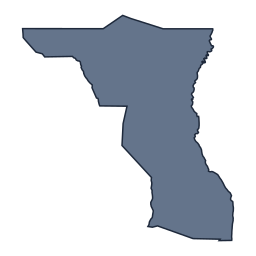 Ebebiyin, Kié-Ntem, Equatorial Guinea
{"feature_id": "11065452B6027875666302", "entity_name": "Ebebiyin", "entity_type": "district", "adm_level": 2, "iso_a3": "GNQ", "parent_name": "Equatorial Guinea", "parent_adm1": "Kié-Ntem", "projection": "albers", "projection_center": [11.284, 1.979], "detail": "fine", "context": "isolated", "style": "filled", "palette": "slate", "viewbox_px": 256, "rotation_deg": 0, "n_neighbors": 0, "source": "geoboundaries", "source_scale": "gbopen_adm2", "svg_char_len": 3918}
<svg xmlns="http://www.w3.org/2000/svg" viewBox="0 0 256 256"><path d="M147.9,226.5L152.4,227.2L157.5,225.9L193.1,238.6L206.5,238.9L220.1,239.2L219.1,240.6L231.7,240.4L231.8,239.5L231.8,238.5L231.6,237.0L231.7,234.9L231.8,233.8L231.8,232.6L231.9,230.6L232.1,228.5L232.2,226.6L232.3,225.7L232.4,224.2L232.7,222.6L233.1,220.7L233.1,219.8L233.2,218.3L233.1,217.5L232.7,215.8L232.7,215.5L232.9,213.1L232.9,212.8L233.3,210.9L233.4,207.8L233.0,205.3L232.9,202.7L232.7,201.5L231.2,200.5L230.6,199.5L230.6,198.8L230.7,198.1L230.7,197.8L231.5,195.7L230.3,193.1L230.1,192.8L229.5,192.3L228.3,191.3L227.1,189.7L225.4,187.7L224.9,186.7L224.3,185.7L224.2,185.4L223.1,183.1L221.2,179.8L219.9,178.1L219.0,176.6L217.7,174.6L215.6,173.3L213.5,172.1L212.8,171.8L211.9,171.5L210.1,171.8L209.1,171.4L208.5,171.2L208.6,170.2L208.7,169.4L208.3,168.6L207.9,167.7L207.4,166.3L206.3,164.9L205.5,163.3L205.3,161.9L205.6,160.5L204.6,158.8L203.9,157.4L202.9,156.2L202.1,154.0L201.7,151.7L201.5,149.9L200.7,147.9L199.3,145.9L199.0,144.9L197.6,143.0L195.9,141.5L194.7,139.6L194.2,137.8L195.0,137.0L195.3,136.3L194.7,134.8L195.7,133.7L196.1,133.6L197.5,133.6L197.7,133.4L198.1,133.0L198.3,132.7L198.5,132.2L198.3,132.0L198.0,131.8L197.9,131.7L197.4,130.0L198.8,128.2L199.1,125.5L199.1,123.0L199.0,120.9L198.9,119.1L198.8,117.6L198.6,116.4L197.2,116.5L196.7,114.7L196.8,113.5L195.6,112.7L194.1,111.3L193.1,109.3L192.2,108.1L191.4,106.8L191.4,105.7L192.4,104.7L192.6,103.7L192.8,101.9L192.0,100.8L191.5,99.9L191.5,99.3L191.7,99.0L191.9,99.0L192.3,99.4L192.6,99.5L192.7,99.4L193.0,97.9L193.4,97.4L192.5,96.1L191.5,94.3L191.8,93.3L193.1,92.2L193.7,91.2L194.1,89.6L194.1,88.0L193.2,87.0L193.1,85.5L193.8,84.4L194.1,83.7L194.4,83.5L195.4,82.8L195.5,82.7L195.5,82.4L194.9,81.6L194.8,81.3L194.8,81.2L194.9,80.9L195.0,80.7L196.6,79.5L197.3,78.3L197.5,77.0L197.5,75.4L197.4,74.8L197.2,73.6L197.2,72.4L198.3,71.0L198.7,69.8L199.2,68.4L200.4,67.4L200.7,65.3L202.0,64.4L202.8,63.5L201.9,61.9L202.0,61.7L202.3,61.4L202.6,61.3L203.3,62.2L203.9,62.7L204.2,62.8L204.9,62.7L205.2,62.5L205.3,62.3L205.3,61.8L205.2,61.5L204.3,61.1L204.3,60.9L204.7,60.5L204.8,60.4L204.8,60.2L203.9,59.2L203.8,58.9L203.8,58.7L204.8,58.0L205.0,58.0L205.7,58.6L206.0,58.6L206.4,58.5L206.7,58.3L206.9,58.1L206.3,56.3L206.1,55.7L206.2,55.4L206.2,55.2L206.5,55.0L206.9,55.0L207.1,55.1L207.7,55.7L208.1,55.6L208.3,55.5L208.4,55.1L208.4,54.7L208.2,54.4L207.5,53.8L207.2,52.3L207.2,52.0L207.4,51.7L208.2,51.6L209.6,51.8L210.5,51.6L211.2,51.2L211.7,50.7L211.6,49.9L211.2,49.4L211.1,49.1L211.3,48.9L212.3,48.5L212.9,47.8L213.2,47.4L213.4,47.0L213.4,46.3L213.1,45.9L212.5,45.7L211.8,45.8L211.6,45.7L211.0,44.7L210.2,43.0L209.4,41.2L209.3,40.7L209.5,40.3L209.7,40.0L211.1,39.7L211.4,39.5L211.4,39.2L211.4,38.9L210.9,38.1L210.2,36.7L210.0,36.1L211.2,34.1L212.0,32.4L212.4,31.1L212.8,30.2L212.8,29.6L212.7,28.8L163.1,28.8L130.8,18.5L122.7,15.4L103.2,28.7L22.6,28.6L22.6,28.8L23.0,33.4L23.2,37.6L26.0,40.9L36.0,52.1L42.3,53.8L44.0,56.0L44.7,56.9L72.5,56.4L73.5,57.6L73.8,57.8L74.0,57.9L74.9,58.1L75.6,58.7L76.1,59.7L76.3,59.9L76.4,60.1L76.5,60.1L77.7,60.8L77.8,60.8L78.0,60.9L79.5,61.1L80.3,62.0L80.6,63.9L80.8,64.9L80.9,65.1L81.0,65.2L81.5,66.1L81.2,67.0L81.1,67.3L81.1,67.5L82.1,69.6L82.2,69.9L82.8,70.5L83.5,71.6L83.8,73.7L83.9,73.8L84.7,75.9L84.8,76.0L85.5,77.1L86.2,78.1L86.6,78.4L88.4,81.2L90.0,83.0L91.4,84.2L91.5,84.3L92.1,84.7L92.2,85.0L92.2,85.9L92.2,87.0L92.0,87.7L96.5,98.0L96.8,98.1L97.9,98.4L98.3,99.5L98.4,101.1L98.4,101.3L99.0,103.7L99.0,103.8L99.5,105.3L99.8,105.9L127.0,106.2L123.1,123.6L122.0,145.5L151.5,177.5L151.3,178.8L151.2,180.6L151.7,182.3L151.8,183.5L151.7,184.8L151.5,186.1L151.1,188.2L152.1,190.5L152.0,192.4L152.4,195.0L152.6,197.2L152.5,198.9L151.7,200.6L150.8,202.3L150.8,204.3L151.3,206.6L152.0,207.9L152.2,208.4L153.3,210.8L153.1,212.3L152.7,214.5L152.3,217.5L150.8,219.2L149.4,221.9L149.0,224.6L147.9,226.5Z" fill="#64748b" stroke="#1e293b" stroke-width="1.5"/></svg>